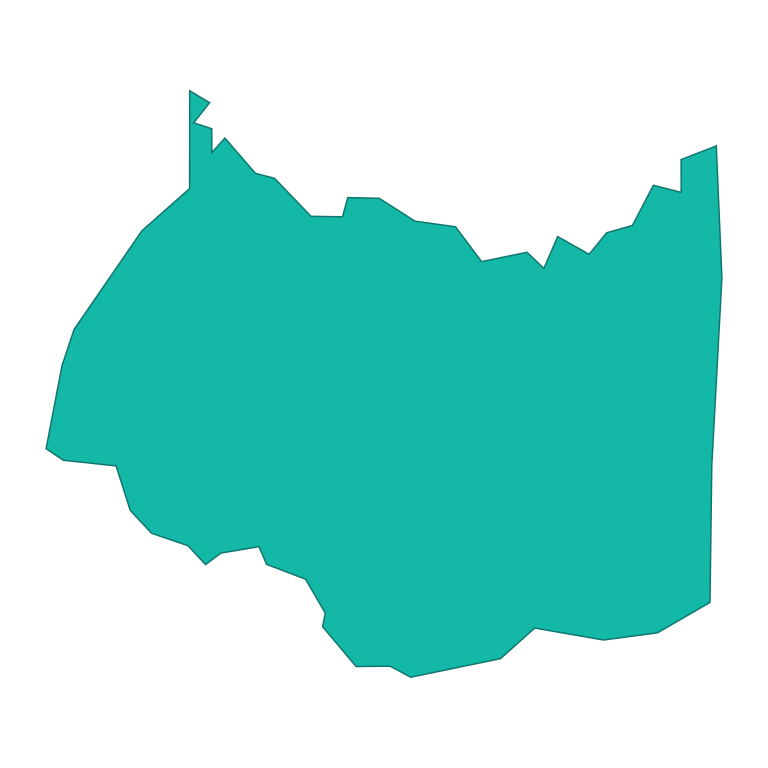 outline of Prince Edward, Virginia, United States of America
{"feature_id": "52423323B85213242879906", "entity_name": "Prince Edward", "entity_type": "district", "adm_level": 2, "iso_a3": "USA", "parent_name": "United States of America", "parent_adm1": "Virginia", "projection": "mercator", "projection_center": [-78.472, 37.239], "detail": "fine", "context": "isolated", "style": "filled", "palette": "teal", "viewbox_px": 768, "rotation_deg": 0, "n_neighbors": 0, "source": "geoboundaries", "source_scale": "gbopen_adm2", "svg_char_len": 762}
<svg xmlns="http://www.w3.org/2000/svg" viewBox="0 0 768 768"><path d="M189.7,90.8L189.6,188.6L141.9,230.8L74.1,329.4L62.0,365.7L46.1,448.7L63.5,460.3L116.1,465.9L130.3,510.5L151.6,533.3L188.0,545.7L205.5,564.6L220.8,553.1L259.0,546.6L266.6,564.4L305.6,579.2L325.3,613.2L322.6,626.7L356.1,666.5L390.1,666.2L410.7,677.2L500.5,658.6L534.7,628.1L603.4,640.0L657.5,632.8L710.0,602.4L711.8,465.0L721.9,278.3L716.3,145.9L681.1,159.6L681.2,192.4L653.4,185.3L632.4,225.5L606.6,232.8L589.1,254.3L557.7,236.6L543.9,268.4L527.0,252.3L481.6,261.6L455.5,226.8L415.0,221.2L379.2,198.3L347.8,197.6L342.5,216.8L311.0,216.3L274.6,178.4L255.4,173.3L224.9,138.1L211.8,152.6L211.8,128.8L193.7,122.8L209.6,102.7L189.7,90.8Z" fill="#14b8a6" stroke="#0f766e" stroke-width="1.5"/></svg>